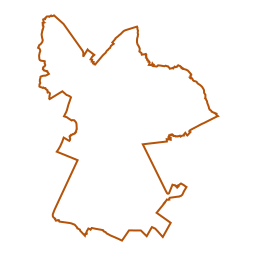 the district of Oriental, Puebla, Mexico
{"feature_id": "50627088B61096049889972", "entity_name": "Oriental", "entity_type": "district", "adm_level": 2, "iso_a3": "MEX", "parent_name": "Mexico", "parent_adm1": "Puebla", "projection": "robinson", "projection_center": [-97.583, 19.328], "detail": "fine", "context": "isolated", "style": "outline", "palette": "amber", "viewbox_px": 256, "rotation_deg": 0, "n_neighbors": 0, "source": "geoboundaries", "source_scale": "gbopen_adm2", "svg_char_len": 5541}
<svg xmlns="http://www.w3.org/2000/svg" viewBox="0 0 256 256"><path d="M39.4,86.5L40.4,87.1L42.0,87.5L42.4,87.8L42.7,87.9L43.0,87.6L43.4,87.5L44.3,88.2L45.4,88.1L45.5,88.2L45.8,89.1L46.1,89.3L46.6,89.8L46.8,89.8L47.5,90.3L47.5,92.1L47.6,92.4L48.1,92.1L48.4,92.1L49.6,92.9L49.9,93.4L49.8,94.7L49.4,96.3L49.5,97.4L49.2,98.6L49.6,99.1L62.4,91.3L66.6,95.0L67.4,95.2L69.6,96.2L71.0,97.3L68.4,104.7L66.9,110.2L66.3,111.8L64.0,116.3L66.8,117.2L68.3,118.3L71.7,120.5L72.5,120.1L74.3,120.3L74.6,120.7L76.0,122.4L76.5,123.9L76.7,127.8L76.6,128.4L76.8,128.8L76.7,129.5L76.2,130.2L76.1,131.3L75.6,132.0L75.9,132.2L75.1,133.2L74.8,133.0L73.9,134.0L73.6,134.2L72.8,134.1L70.9,135.6L70.7,135.2L69.6,136.3L70.2,138.9L70.0,140.0L69.3,140.9L63.7,137.6L62.3,141.6L60.3,146.1L58.7,148.9L56.8,151.7L77.6,160.2L54.7,209.4L52.8,214.2L52.8,216.1L53.1,216.8L53.5,217.4L55.2,218.7L55.0,219.3L55.7,220.0L55.8,220.6L56.4,220.6L57.2,220.3L57.9,220.5L58.2,220.1L58.9,220.2L59.4,221.6L69.6,223.0L71.1,223.3L74.7,224.7L77.3,227.7L77.3,228.3L79.9,229.6L80.1,230.6L84.9,235.7L85.3,233.8L85.5,233.6L86.6,234.0L86.8,233.7L86.6,233.2L86.7,232.8L86.5,232.3L86.8,231.1L87.3,230.4L88.4,228.5L89.9,229.1L90.6,229.7L91.7,228.0L91.9,228.0L94.6,228.6L102.9,230.1L103.2,230.3L103.5,231.2L105.6,232.2L106.8,233.5L108.6,234.4L109.9,235.2L117.6,238.5L122.0,240.6L129.0,230.4L140.9,230.5L146.7,236.2L151.9,227.1L155.2,228.6L157.9,231.5L162.8,237.0L170.7,222.8L156.6,212.8L164.5,203.1L164.2,203.0L166.0,200.9L166.9,199.5L167.3,199.7L168.2,199.8L169.3,199.6L169.1,199.1L169.1,198.8L169.7,197.8L177.4,196.7L178.6,196.6L178.9,196.7L179.2,196.4L181.1,195.8L182.4,194.6L183.9,191.4L185.6,188.5L186.5,187.0L184.9,186.0L183.4,184.8L183.2,184.8L181.0,183.5L180.1,184.1L179.2,184.9L177.1,185.8L178.3,186.5L177.2,187.6L176.8,187.0L176.3,186.7L175.2,185.3L174.7,185.2L174.6,185.4L172.5,184.7L169.0,193.3L168.1,193.7L167.5,193.6L167.1,193.2L166.1,191.5L142.8,144.3L166.9,141.5L166.7,139.2L168.1,139.5L168.5,139.0L169.5,139.0L169.9,139.6L170.7,139.8L170.7,137.8L168.5,137.5L168.6,136.5L168.7,136.4L169.2,136.3L169.2,135.3L171.0,135.3L171.3,135.2L170.9,134.6L172.1,134.3L173.3,135.2L173.4,136.0L175.3,136.0L175.7,136.1L175.9,136.5L178.0,136.2L178.1,136.4L179.9,135.7L180.5,136.6L182.1,135.7L183.9,135.5L183.7,134.8L185.3,132.8L187.0,135.3L187.3,135.5L190.4,132.1L189.3,131.5L189.5,130.7L190.6,129.9L201.9,123.9L203.6,123.2L217.5,116.2L217.9,116.1L217.4,115.6L216.2,114.6L216.5,113.7L215.1,113.1L215.1,113.4L212.1,111.8L211.6,111.7L211.2,110.7L209.6,109.6L209.6,109.2L209.0,108.3L208.8,106.9L208.6,106.5L208.5,106.1L207.3,103.0L207.1,101.8L206.9,101.0L206.3,100.1L205.6,98.2L205.2,98.2L205.4,97.4L205.4,94.8L204.1,92.8L204.0,90.2L203.2,88.6L201.9,86.6L201.2,86.0L200.2,85.1L197.5,83.3L196.9,82.2L196.3,81.7L195.7,81.4L193.7,80.9L192.9,80.1L192.3,78.6L191.8,78.2L191.2,78.4L190.8,78.4L190.7,78.2L190.5,78.3L190.3,78.2L190.4,77.8L190.7,77.6L190.7,77.4L190.3,77.2L190.8,77.0L190.8,76.8L190.5,76.6L190.5,76.4L190.4,75.9L190.7,75.2L190.9,75.2L191.0,75.1L190.8,75.0L190.8,74.9L191.1,74.7L191.0,74.1L187.9,70.6L186.2,69.7L183.8,69.0L182.9,69.0L182.7,68.8L182.7,68.5L182.2,68.4L182.4,67.9L181.6,67.5L181.3,67.6L181.1,66.9L180.6,66.8L180.3,66.2L179.8,65.9L178.9,65.7L178.3,65.3L177.8,65.5L176.9,66.8L176.5,66.8L175.8,67.2L175.4,67.1L174.7,66.6L173.3,68.0L174.0,68.7L173.0,68.4L172.4,68.0L172.2,68.2L169.8,68.7L169.2,67.6L167.8,66.5L167.8,66.3L166.6,66.1L165.6,65.7L164.6,66.2L164.2,66.2L160.0,65.5L158.6,65.4L158.3,65.3L157.7,65.5L157.4,66.1L156.7,66.5L156.0,66.5L155.2,66.3L153.3,66.1L153.8,64.7L153.6,64.6L152.7,64.7L152.6,63.8L152.4,63.5L152.0,64.8L151.4,64.9L151.3,65.2L150.7,65.0L148.9,64.9L149.3,64.0L149.7,62.4L149.1,61.5L148.4,61.7L148.3,60.5L147.8,60.2L147.6,59.7L147.2,60.0L147.1,59.9L147.1,59.4L146.9,58.5L146.3,58.0L146.5,57.9L146.4,57.0L146.2,57.1L145.9,55.7L146.3,54.6L145.8,53.9L144.2,54.4L143.5,54.4L141.8,54.7L141.4,53.0L139.4,51.5L139.7,49.7L139.7,48.5L138.9,46.6L137.5,44.3L137.0,42.3L137.0,40.3L137.1,40.0L137.0,39.2L137.2,38.7L137.2,38.1L137.5,37.2L137.8,36.6L137.8,35.6L138.1,34.2L137.9,33.9L137.7,32.9L138.0,30.4L137.6,29.8L137.4,28.8L137.4,27.5L137.0,26.6L125.8,30.1L124.1,30.8L123.3,31.4L120.1,34.6L119.6,34.8L118.5,35.9L115.4,38.4L115.3,39.0L112.3,42.5L113.7,43.8L111.0,45.8L110.0,48.0L108.9,48.7L108.0,49.9L107.3,50.3L106.4,51.4L105.7,52.7L105.3,53.1L104.7,53.6L102.9,55.3L95.8,63.7L95.3,64.5L94.7,64.4L94.9,63.9L93.1,63.4L93.6,62.0L91.7,61.6L92.2,59.8L90.6,59.4L92.0,57.0L92.5,56.4L94.0,55.2L93.7,55.0L94.1,54.7L88.6,50.6L87.6,49.5L83.2,56.7L83.4,53.0L82.6,50.8L63.5,23.9L54.0,15.4L53.4,15.8L52.2,16.1L50.9,16.2L50.8,15.7L49.5,16.5L49.2,16.8L48.5,16.4L46.8,16.5L46.0,17.3L45.9,17.8L45.2,18.1L45.0,18.3L45.0,18.9L44.5,18.7L44.0,19.1L43.7,19.3L43.2,19.4L43.1,19.6L43.7,21.6L43.4,22.0L43.5,22.4L43.2,22.6L43.8,22.8L42.7,23.3L42.8,25.2L43.2,25.3L43.0,26.0L43.5,26.5L43.5,27.0L42.8,29.1L42.6,29.4L42.8,29.8L42.4,30.4L41.6,34.4L42.0,37.3L42.7,39.9L42.7,40.6L42.3,41.9L41.6,43.0L41.2,43.4L40.5,44.3L39.5,44.9L39.2,45.2L38.1,47.8L39.2,48.3L39.9,49.4L40.2,50.4L40.3,51.0L40.1,51.7L39.8,52.2L39.1,55.5L39.3,58.6L39.5,59.4L39.8,60.0L40.7,60.6L44.0,61.1L44.6,61.2L44.8,61.3L44.6,63.1L45.2,64.6L45.2,65.3L44.6,66.4L43.7,66.7L43.6,67.0L43.2,67.4L42.9,68.0L43.0,68.7L43.3,69.0L43.1,69.3L43.5,69.5L43.7,70.3L44.7,70.5L45.2,70.9L45.9,70.9L46.3,71.2L46.5,71.0L46.8,71.0L47.3,71.2L47.5,71.8L48.0,72.7L48.9,73.9L47.8,74.6L45.8,75.5L45.2,75.7L44.8,75.6L43.0,75.8L40.7,76.6L40.5,76.8L40.3,78.5L39.9,79.5L39.8,81.3L40.3,83.0L39.9,83.9L39.5,84.2L39.4,86.5Z" fill="none" stroke="#b45309" stroke-width="2"/></svg>